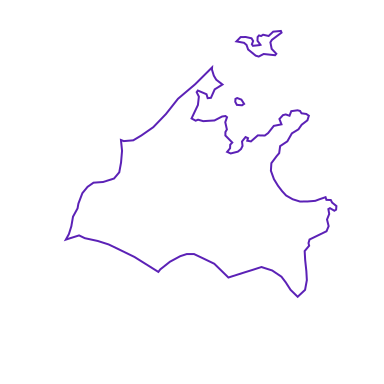 Unryul, Hwanghae-namdo, North Korea, rotated 72°
{"feature_id": "82179303B17598108149664", "entity_name": "Unryul", "entity_type": "district", "adm_level": 2, "iso_a3": "PRK", "parent_name": "North Korea", "parent_adm1": "Hwanghae-namdo", "projection": "albers", "projection_center": [125.137, 38.511], "detail": "fine", "context": "isolated", "style": "outline", "palette": "violet", "viewbox_px": 384, "rotation_deg": 72, "n_neighbors": 0, "source": "geoboundaries", "source_scale": "gbopen_adm2", "svg_char_len": 2261}
<svg xmlns="http://www.w3.org/2000/svg" viewBox="0 0 384 384"><g transform="rotate(72 192 192)"><path d="M275.8,188.4L284.6,183.8L284.6,179.2L284.7,165.4L284.8,158.5L284.8,149.2L291.4,140.0L300.2,133.1L306.8,130.8L315.5,128.5L324.3,123.9L320.0,114.7L311.3,110.0L302.6,107.7L291.7,105.4L283.0,103.1L279.3,97.2L276.6,97.0L273.5,94.9L270.9,76.2L266.7,72.6L259.9,72.1L255.3,68.3L250.4,67.6L250.0,65.8L253.8,62.4L253.3,60.4L250.0,59.0L245.4,62.0L242.5,62.5L241.0,66.6L238.2,66.6L238.3,73.1L238.5,77.5L236.7,85.1L234.4,92.3L230.0,98.5L224.4,103.6L218.9,106.1L212.6,108.3L205.1,110.1L196.2,110.4L189.1,107.6L184.1,100.5L182.0,97.1L175.6,94.0L173.3,85.7L167.1,78.9L165.3,71.4L161.9,66.9L159.5,60.1L155.6,57.3L153.1,59.2L151.0,63.5L149.2,64.0L148.3,64.2L146.9,66.4L145.8,72.6L149.6,75.7L147.2,78.9L147.0,81.7L149.6,86.3L155.3,86.0L154.4,93.8L159.5,101.4L160.8,105.3L158.5,111.9L162.1,120.3L160.3,123.6L158.1,122.1L156.3,124.1L159.4,128.8L163.8,129.7L166.3,132.1L167.8,135.9L167.3,143.3L164.7,146.2L162.2,142.3L158.8,141.0L157.4,138.4L148.6,142.8L145.3,141.7L143.3,139.5L135.9,138.8L131.7,135.6L130.1,136.7L129.5,140.0L130.9,148.5L128.1,159.4L125.1,163.9L125.3,166.5L121.9,169.7L111.1,159.5L103.4,156.0L98.5,156.7L97.3,155.1L103.5,148.0L107.6,148.1L108.3,144.9L101.4,138.7L99.2,129.8L92.8,134.2L90.8,134.7L88.1,135.3L81.7,135.2L79.7,134.4L90.5,155.7L99.0,176.5L109.8,192.7L118.4,208.8L122.6,222.7L124.7,231.9L122.5,241.2L120.6,243.5L131.2,245.8L142.1,250.4L150.8,255.1L155.1,262.0L155.0,273.5L152.7,282.8L154.8,289.7L159.2,296.6L167.9,303.6L172.2,305.9L178.7,312.8L187.4,317.4L194.0,322.1L198.3,326.7L198.3,322.1L198.4,312.8L202.8,308.2L209.5,296.7L216.1,287.5L224.9,278.3L236.0,266.8L257.6,248.7L255.8,246.1L251.5,234.5L249.4,223.0L249.4,216.1L251.7,209.2L258.3,202.2L267.1,193.0L275.8,188.4ZM73.9,71.2L73.2,70.4L72.0,69.0L68.1,57.6L66.3,57.7L64.6,65.2L67.3,70.9L64.4,75.8L65.0,78.1L63.8,79.9L64.9,81.7L68.4,83.0L73.2,81.4L73.2,82.2L71.8,88.9L70.0,89.4L67.3,87.2L64.2,87.9L61.2,93.0L59.7,97.9L62.5,103.2L66.2,96.4L69.0,94.7L73.1,94.6L73.8,94.6L82.0,89.3L83.8,86.7L82.9,81.2L87.6,70.7L86.6,69.1L80.5,72.0L73.9,71.2ZM123.0,122.4L125.0,117.6L124.3,115.2L119.4,116.5L116.6,120.0L116.9,121.9L119.6,123.0L123.0,122.4Z" fill="none" stroke="#5b21b6" stroke-width="2"/></g></svg>